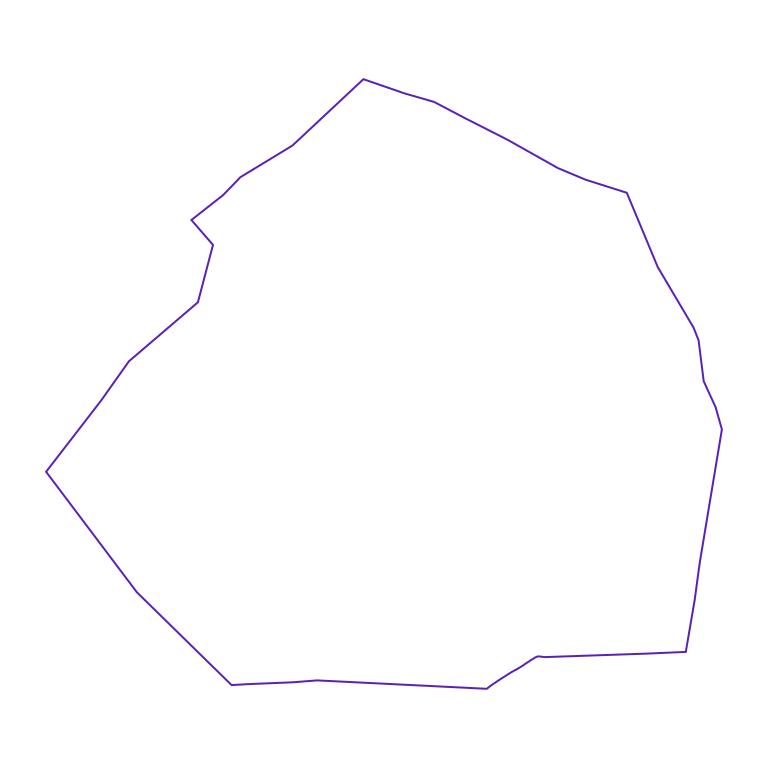 outline of Delgerex, Dornogovi, Mongolia
{"feature_id": "93677404B19423988530826", "entity_name": "Delgerex", "entity_type": "district", "adm_level": 2, "iso_a3": "MNG", "parent_name": "Mongolia", "parent_adm1": "Dornogovi", "projection": "robinson", "projection_center": [111.393, 45.854], "detail": "fine", "context": "isolated", "style": "outline", "palette": "violet", "viewbox_px": 768, "rotation_deg": 0, "n_neighbors": 0, "source": "geoboundaries", "source_scale": "gbopen_adm2", "svg_char_len": 772}
<svg xmlns="http://www.w3.org/2000/svg" viewBox="0 0 768 768"><path d="M231.6,685.1L246.3,684.2L292.7,682.3L317.2,680.4L486.8,688.8L491.0,685.5L493.9,683.5L501.6,678.4L511.7,672.0L517.8,668.7L523.2,665.3L526.5,663.0L528.1,662.0L529.1,661.4L530.2,660.6L531.2,659.9L533.4,658.7L534.0,658.3L534.9,657.6L535.8,657.2L537.4,656.5L539.0,656.4L544.8,657.1L647.1,653.6L685.8,651.9L694.7,599.9L698.7,570.2L700.3,559.3L721.9,429.4L715.6,407.2L703.7,381.2L698.6,340.4L693.6,327.7L657.7,267.0L644.2,234.5L626.8,192.8L585.8,179.8L557.9,168.1L507.4,139.7L466.2,118.8L434.0,101.9L404.5,93.4L363.4,79.2L292.5,145.5L240.5,177.1L223.2,195.0L191.4,220.0L213.0,244.9L197.9,302.3L129.0,361.2L101.0,400.7L46.1,471.8L136.9,592.3L231.6,685.1Z" fill="none" stroke="#5b21b6" stroke-width="2"/></svg>